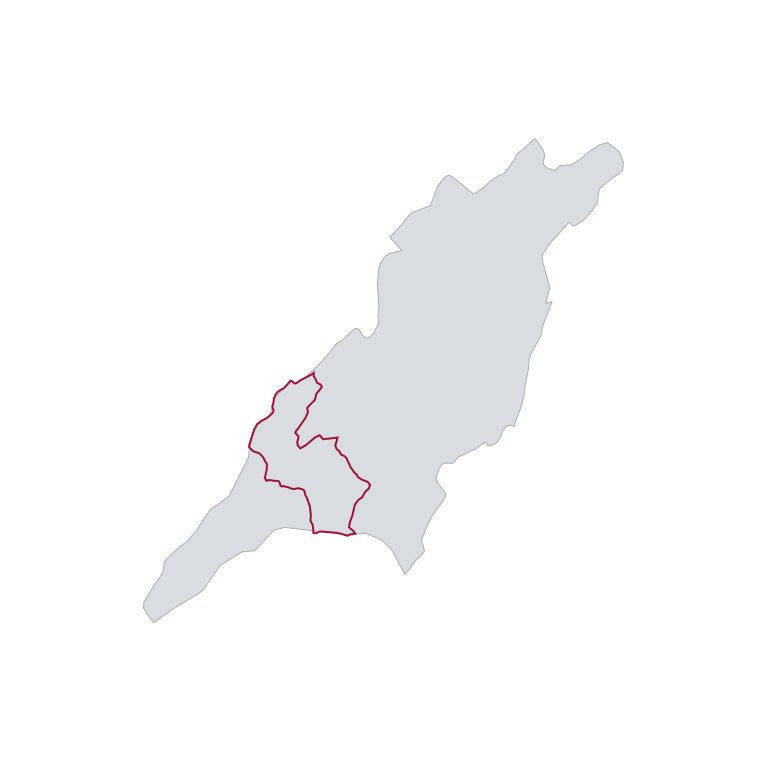 location of Samegrelo-Zemo Svaneti within Georgia, rotated 292°
{"feature_id": "GEO-3029", "entity_name": "Samegrelo-Zemo Svaneti", "entity_type": "Region", "adm_level": 1, "iso_a3": "GEO", "parent_name": "Georgia", "parent_adm1": "", "projection": "robinson", "projection_center": [42.261, 42.648], "detail": "fine", "context": "in_parent", "style": "outline", "palette": "rose", "viewbox_px": 768, "rotation_deg": 292, "n_neighbors": 0, "source": "natural_earth", "source_scale": "10m", "svg_char_len": 3883}
<svg xmlns="http://www.w3.org/2000/svg" viewBox="0 0 768 768"><g transform="rotate(292 384 384)"><path d="M393.4,520.8L393.6,518.7L392.8,515.4L389.9,513.0L385.9,511.5L378.6,512.0L371.7,510.5L366.9,506.3L365.8,503.0L368.5,500.4L366.5,498.3L358.0,493.1L344.1,480.3L336.2,477.4L333.1,469.3L330.0,467.6L323.4,466.8L316.4,467.6L314.9,468.5L312.8,469.8L307.3,479.9L303.5,483.3L294.1,481.7L286.3,479.3L280.0,478.0L267.7,477.2L253.7,477.0L244.3,484.1L240.2,483.2L233.0,479.7L221.5,476.8L215.4,474.5L233.1,453.3L238.4,440.7L238.6,433.1L238.8,423.5L229.7,403.5L221.9,375.2L213.9,345.7L207.6,336.9L181.0,326.7L175.0,315.1L154.5,300.1L126.0,293.6L120.4,290.8L95.7,272.0L76.5,259.9L80.7,252.6L86.3,244.9L92.3,243.0L109.8,246.0L125.9,249.5L137.6,247.0L151.6,253.1L164.3,260.1L177.2,265.0L202.2,269.7L211.6,276.1L222.5,282.5L265.3,285.8L268.8,284.8L271.9,283.9L286.3,281.5L299.0,282.0L312.4,289.8L321.0,289.3L330.2,288.1L342.0,292.3L351.3,297.0L352.1,301.7L360.2,308.5L383.9,318.9L403.2,324.8L409.1,329.0L423.8,335.8L425.3,338.0L425.0,340.8L420.9,345.9L419.8,350.5L421.8,353.1L427.9,355.6L439.9,356.2L444.2,352.9L453.2,350.6L462.0,346.4L473.9,340.7L490.0,335.6L496.4,335.7L502.6,337.2L507.0,340.0L514.4,350.5L521.5,335.8L523.4,334.8L530.0,337.7L541.8,341.8L549.9,343.9L554.4,347.0L567.0,360.3L587.0,359.7L595.5,361.7L600.1,363.9L602.2,366.5L598.8,379.8L594.1,393.6L594.5,397.0L602.7,402.2L613.7,407.7L619.7,412.1L623.8,416.1L632.5,419.1L642.8,421.0L647.6,421.2L652.8,424.6L666.1,430.9L667.8,432.4L665.6,436.5L660.5,443.8L656.4,447.5L651.7,448.1L647.2,449.8L645.6,453.7L645.5,458.8L646.3,462.4L647.6,463.8L652.3,465.0L657.2,475.6L664.6,481.0L676.1,487.2L686.4,494.1L691.5,500.6L690.6,505.2L687.5,514.9L679.2,522.9L672.2,525.0L669.7,524.2L665.0,521.7L655.6,515.5L645.4,510.6L637.6,512.2L632.6,514.1L622.4,511.9L610.5,507.6L604.2,503.4L601.4,500.3L603.1,494.8L575.9,484.9L562.9,482.2L557.0,485.2L537.3,500.1L535.0,501.6L519.8,503.7L519.8,504.9L523.3,508.1L522.7,509.1L497.2,509.4L488.7,511.4L466.0,508.9L458.6,510.0L452.2,512.3L436.7,515.0L426.0,518.1L412.4,519.8L398.2,519.9L393.4,520.8Z" fill="#d9dde1" stroke="#a8b0b8" stroke-width="1"/><path d="M293.8,280.7L299.3,281.4L304.5,284.6L306.9,286.8L309.6,288.7L315.1,291.5L316.9,291.8L318.2,291.3L320.6,289.3L322.2,288.6L325.1,288.5L329.3,287.3L333.0,287.4L336.5,288.2L339.0,289.7L341.6,292.0L344.3,293.5L352.1,296.1L352.1,297.6L351.4,299.5L351.1,301.3L352.0,302.5L356.5,305.4L366.3,313.8L368.1,314.7L365.1,315.8L362.0,319.7L360.0,321.5L359.8,325.0L358.2,327.4L355.6,326.9L349.9,325.0L343.3,325.8L333.3,321.7L332.2,322.2L331.0,323.1L328.6,324.1L323.2,323.9L310.2,321.0L308.0,320.1L305.7,320.0L304.5,321.9L303.6,324.0L302.6,324.7L301.5,324.9L298.1,325.2L295.2,326.6L292.9,330.5L298.0,334.5L308.2,339.8L312.4,343.6L310.0,348.3L316.9,361.0L315.2,361.1L313.5,361.5L308.9,361.8L306.1,364.3L304.7,368.2L303.3,369.4L302.4,371.1L302.4,374.4L301.1,377.1L294.7,383.8L290.7,389.8L289.7,392.8L288.0,394.6L287.0,399.3L287.2,405.3L285.3,408.8L281.6,409.1L276.8,406.9L270.9,406.2L266.3,403.4L261.2,402.2L249.8,404.0L243.9,404.1L238.1,405.1L236.9,408.3L236.5,410.4L236.0,411.0L234.4,413.4L231.7,408.9L230.7,408.2L229.8,407.2L229.3,405.1L229.2,401.3L228.4,396.2L223.6,380.7L223.3,380.0L222.6,379.2L220.2,376.9L219.8,376.1L219.5,374.2L220.0,374.0L222.2,373.1L223.2,372.6L226.7,370.6L228.7,368.3L229.9,366.9L234.5,365.5L234.8,365.4L242.7,361.2L249.9,354.8L250.0,354.7L251.5,352.7L253.4,351.3L255.0,350.4L255.8,348.4L255.6,346.2L255.2,343.5L252.7,339.5L252.3,336.7L252.4,333.8L251.5,328.6L250.8,327.6L250.8,326.4L251.8,325.4L253.0,324.7L254.4,323.0L253.9,320.6L253.2,318.6L253.0,318.2L252.5,315.5L251.8,313.2L250.2,311.3L251.6,309.6L252.3,308.7L261.2,307.2L266.0,305.4L267.7,302.8L269.8,300.6L271.6,297.9L272.9,294.7L272.9,291.6L272.6,288.3L273.6,285.4L274.8,282.7L275.3,282.5L277.7,281.8L293.1,280.7L293.8,280.7Z" fill="none" stroke="#9f1239" stroke-width="2"/></g></svg>